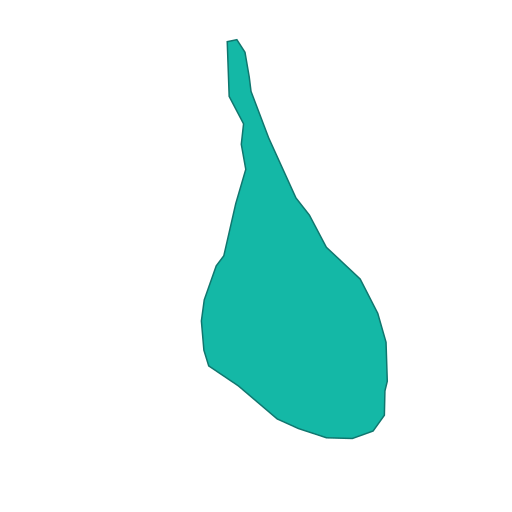 Tamatam, Federated States of Micronesia, rotated 246°
{"feature_id": "79324940B81673717572020", "entity_name": "Tamatam", "entity_type": "district", "adm_level": 2, "iso_a3": "FSM", "parent_name": "Federated States of Micronesia", "parent_adm1": "", "projection": "orthographic", "projection_center": [149.414, 7.539], "detail": "fine", "context": "isolated", "style": "filled", "palette": "teal", "viewbox_px": 512, "rotation_deg": 246, "n_neighbors": 0, "source": "geoboundaries", "source_scale": "gbopen_adm2", "svg_char_len": 558}
<svg xmlns="http://www.w3.org/2000/svg" viewBox="0 0 512 512"><g transform="rotate(246 256 256)"><path d="M98.5,209.1L81.1,224.6L61.3,246.4L50.1,269.8L48.5,291.8L58.3,308.5L80.3,318.9L88.2,325.0L124.3,339.7L154.1,343.9L192.6,341.8L235.4,323.8L271.6,321.4L292.8,316.1L358.7,315.6L408.4,318.4L422.2,322.6L446.6,328.8L461.4,326.5L463.5,316.9L412.7,296.4L381.8,298.4L364.0,288.0L339.3,281.9L312.2,258.9L269.3,226.7L263.2,215.7L237.0,190.9L218.9,179.7L191.2,170.1L174.8,168.1L144.6,187.0L98.5,209.1Z" fill="#14b8a6" stroke="#0f766e" stroke-width="1.5"/></g></svg>